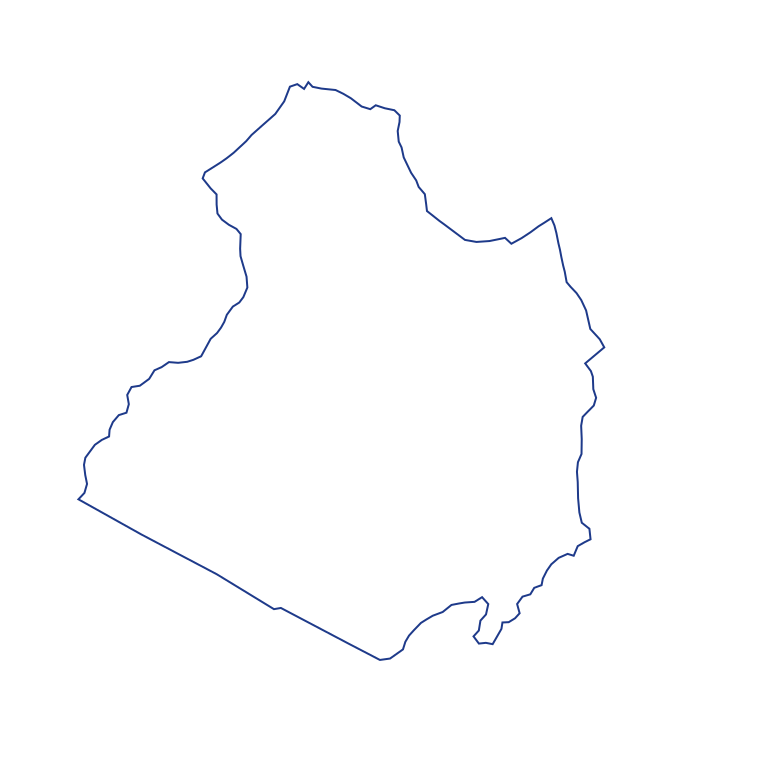 Rolândia, Paraná, Brazil, rotated 206°
{"feature_id": "56859067B29627671403317", "entity_name": "Rolândia", "entity_type": "district", "adm_level": 2, "iso_a3": "BRA", "parent_name": "Brazil", "parent_adm1": "Paraná", "projection": "mercator", "projection_center": [-51.413, -23.281], "detail": "fine", "context": "isolated", "style": "outline", "palette": "blue", "viewbox_px": 768, "rotation_deg": 206, "n_neighbors": 0, "source": "geoboundaries", "source_scale": "gbopen_adm2", "svg_char_len": 2290}
<svg xmlns="http://www.w3.org/2000/svg" viewBox="0 0 768 768"><g transform="rotate(206 384 384)"><path d="M593.4,615.5L598.9,610.0L597.6,594.3L600.1,579.0L607.1,562.2L612.2,549.8L614.3,541.9L620.5,525.9L624.5,517.7L628.0,511.4L637.7,495.7L637.1,489.3L625.5,483.8L617.6,481.0L613.1,471.9L608.4,464.2L601.7,460.7L593.2,459.1L584.6,458.7L578.5,455.9L572.6,442.5L569.0,436.0L562.5,428.8L554.6,420.2L549.1,410.8L548.5,400.4L549.8,393.8L553.8,387.3L555.6,377.3L554.8,369.8L555.2,363.2L556.4,356.6L559.6,348.7L560.5,328.8L565.9,322.2L570.6,317.7L578.3,312.8L586.9,309.4L591.2,301.8L596.3,295.7L597.3,285.7L602.7,275.4L609.6,270.6L610.0,261.6L604.5,254.0L602.9,245.3L608.7,239.8L611.0,230.9L610.6,222.6L608.1,216.3L613.1,210.1L617.2,202.6L620.1,186.8L618.2,179.8L612.6,171.2L607.1,164.0L605.5,154.8L608.1,146.4L536.2,142.4L450.9,139.7L384.2,133.4L378.5,137.5L301.8,135.1L266.7,134.2L258.2,139.9L250.6,153.8L251.8,161.7L251.2,168.9L249.2,175.8L246.1,185.4L242.7,190.9L238.6,197.1L231.3,204.8L226.5,215.0L220.5,219.5L215.6,223.0L207.1,227.9L202.4,235.4L193.8,231.9L191.3,221.6L193.6,213.6L190.7,204.0L192.9,196.4L184.9,192.3L179.0,196.0L172.3,197.8L171.7,206.4L171.1,215.4L173.0,221.6L167.5,224.6L163.5,230.9L161.6,237.4L167.9,244.6L166.3,253.6L160.3,259.1L159.6,266.7L154.2,272.3L155.9,278.7L155.8,287.7L154.6,295.3L150.8,304.3L144.5,311.8L138.2,312.8L138.8,323.2L134.3,329.8L130.3,335.0L135.9,343.9L145.4,346.0L152.1,354.2L159.4,366.3L166.9,380.8L172.1,389.7L175.4,398.7L175.8,407.7L182.1,421.1L188.5,432.9L191.0,441.5L188.9,448.0L186.0,456.6L187.3,464.6L193.6,471.1L199.5,482.1L203.7,486.3L212.2,490.7L202.1,513.5L209.7,518.8L222.7,523.9L234.6,538.7L243.5,545.9L250.8,550.1L259.1,553.2L264.5,555.6L270.8,564.2L274.9,569.0L280.3,575.9L284.7,581.8L288.9,586.9L295.2,595.2L300.3,601.2L306.3,606.4L310.7,599.1L314.2,593.5L318.9,584.5L324.3,575.4L331.0,565.9L339.3,568.4L344.2,564.6L351.9,558.7L363.2,552.2L374.4,549.0L400.0,553.9L405.7,554.9L421.2,558.3L425.0,564.2L430.5,572.5L439.2,576.3L444.3,581.1L452.2,585.7L465.6,596.3L471.9,604.3L477.0,608.3L482.6,617.4L484.9,626.3L487.5,632.2L494.7,634.6L504.1,632.2L513.6,630.9L516.8,625.0L525.7,623.6L539.0,626.3L547.9,627.0L556.4,627.0L569.7,622.1L578.5,619.8L584.3,622.1L585.2,614.2L593.4,615.5Z" fill="none" stroke="#1e3a8a" stroke-width="2"/></g></svg>